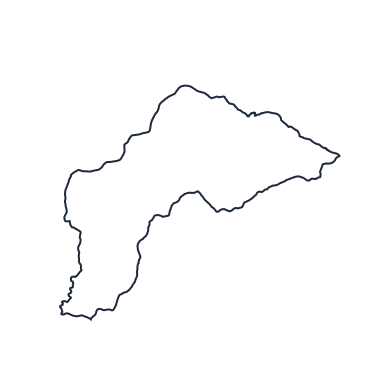 outline of Charta, Santander, Colombia, rotated 349°
{"feature_id": "7082276B80565100217249", "entity_name": "Charta", "entity_type": "district", "adm_level": 2, "iso_a3": "COL", "parent_name": "Colombia", "parent_adm1": "Santander", "projection": "mercator", "projection_center": [-72.993, 7.252], "detail": "fine", "context": "isolated", "style": "outline", "palette": "slate", "viewbox_px": 384, "rotation_deg": 349, "n_neighbors": 0, "source": "geoboundaries", "source_scale": "gbopen_adm2", "svg_char_len": 5967}
<svg xmlns="http://www.w3.org/2000/svg" viewBox="0 0 384 384"><g transform="rotate(349 192 192)"><path d="M281.4,128.0L278.6,127.8L276.5,128.1L275.7,127.9L274.8,127.9L273.3,128.8L272.6,128.8L271.0,128.5L269.6,129.0L269.4,129.2L268.7,129.3L268.3,129.0L268.4,128.2L268.9,126.3L268.7,126.2L267.8,126.1L267.6,125.8L267.4,125.8L266.6,126.2L265.5,125.8L264.7,126.7L264.1,126.8L262.8,127.5L262.6,128.4L261.8,128.6L260.9,128.1L260.2,126.2L258.9,124.7L257.3,123.7L254.8,120.9L253.3,120.2L252.3,118.9L252.0,118.0L250.5,115.9L250.3,114.9L249.9,114.2L248.2,113.3L245.7,112.3L245.2,111.7L244.9,110.9L243.9,109.8L243.6,108.3L242.7,106.9L242.2,105.0L241.9,104.7L240.7,104.2L236.7,104.2L236.3,104.1L235.8,103.6L234.8,103.1L229.1,103.7L227.4,102.2L226.3,100.6L226.1,100.0L224.9,99.1L223.9,97.8L222.5,96.9L219.6,95.4L218.2,94.8L216.6,93.9L211.3,88.6L209.5,87.5L206.4,86.4L205.4,86.2L202.4,86.2L200.5,86.6L198.6,87.7L198.0,88.3L197.0,89.1L193.9,92.2L193.3,92.5L191.1,92.9L188.9,93.5L188.4,93.8L187.7,93.8L185.9,94.6L184.9,95.2L183.3,95.8L181.0,97.3L179.9,97.6L177.5,99.3L176.0,101.3L175.4,103.1L173.7,105.9L172.6,107.1L171.7,107.6L170.2,109.1L166.1,114.4L164.8,117.0L164.8,116.8L162.7,122.8L162.0,123.9L161.5,124.4L160.6,124.8L159.9,124.9L155.0,124.9L151.5,125.4L146.6,125.2L144.5,124.9L143.0,125.5L140.7,127.6L138.4,130.7L137.0,131.5L135.8,131.9L134.7,132.7L134.4,133.4L134.3,134.8L133.4,139.7L131.8,142.1L129.8,144.5L128.7,145.6L127.1,146.8L124.5,147.1L122.2,147.1L117.4,146.9L115.1,146.5L113.5,146.5L110.7,148.0L108.8,150.0L107.7,150.8L105.6,152.0L104.1,152.3L97.5,152.3L96.8,152.6L96.2,152.6L88.4,150.6L85.8,149.1L84.6,148.7L84.2,148.7L81.0,149.9L79.6,150.3L76.6,152.0L76.3,152.4L76.0,153.7L74.1,155.9L72.4,159.3L68.3,165.7L67.5,167.7L66.8,170.6L66.7,173.7L66.2,175.4L65.6,176.3L65.4,177.2L65.5,180.2L65.2,181.5L65.5,183.8L65.4,187.0L65.2,187.7L64.3,189.1L62.2,191.7L61.8,192.6L61.7,195.3L62.1,196.4L63.9,197.1L66.3,197.2L66.3,200.9L67.3,203.6L67.6,203.9L69.0,204.2L70.8,206.0L71.6,206.5L74.5,209.2L75.0,209.9L74.9,211.0L74.3,212.0L73.2,215.0L73.2,216.1L73.6,217.0L73.4,218.3L72.2,221.3L70.1,223.9L69.5,225.1L69.4,225.7L69.4,228.1L69.8,229.4L69.8,229.9L68.6,232.9L68.3,236.6L68.0,237.7L67.8,238.0L67.8,239.2L68.1,240.8L68.9,242.0L68.9,243.1L68.4,245.9L68.4,246.9L68.7,247.6L68.3,248.1L66.3,249.3L64.8,250.8L63.1,252.2L61.9,252.7L61.7,253.0L61.0,253.1L60.4,252.5L58.0,252.4L56.7,253.3L56.5,254.0L56.4,256.2L56.5,256.4L57.5,256.9L57.9,257.5L58.0,259.2L57.2,260.5L57.1,262.4L56.4,262.9L54.3,263.0L53.9,263.4L53.9,264.6L54.5,265.8L54.5,266.9L54.2,267.4L53.4,268.1L51.7,268.5L51.1,269.3L51.3,270.7L52.8,272.1L52.9,272.7L52.7,273.1L50.8,274.3L48.9,276.1L48.4,276.2L46.5,274.9L45.4,274.6L43.6,274.9L43.4,275.3L43.4,275.9L43.9,276.6L43.9,277.3L43.2,278.3L41.3,278.5L40.7,278.9L40.6,279.8L41.2,280.5L41.6,282.0L41.9,284.7L41.6,285.7L41.2,286.1L40.7,286.1L40.5,286.4L40.4,286.8L40.9,287.3L42.0,287.7L42.8,287.8L44.4,287.2L45.8,287.2L46.9,287.5L48.3,288.3L49.4,289.2L51.3,290.5L54.3,291.8L55.6,292.1L59.9,292.0L61.0,292.3L61.9,293.0L65.5,295.2L67.8,297.0L68.4,297.8L68.9,296.8L69.7,296.1L72.1,294.9L74.0,293.5L74.7,292.5L75.2,291.1L75.6,290.6L76.1,289.9L77.2,289.1L78.9,289.1L79.5,289.2L80.6,289.7L81.5,290.5L83.0,291.2L84.1,291.3L86.9,291.3L88.4,291.5L89.5,292.0L90.7,292.9L91.6,293.0L92.1,292.8L93.6,291.4L95.9,288.3L98.2,283.6L100.8,279.5L101.7,279.0L103.4,278.8L105.2,277.9L108.6,277.6L111.4,276.3L114.9,273.4L116.4,271.5L117.6,270.3L118.5,269.7L120.2,266.7L121.8,264.4L122.2,263.6L122.9,259.3L123.9,256.9L124.1,255.1L124.7,253.7L125.0,252.5L126.2,251.4L126.5,249.5L128.9,246.2L128.8,244.1L127.9,238.6L128.2,234.4L128.7,233.7L128.9,232.7L130.5,230.9L131.6,230.0L132.5,229.5L134.9,228.7L135.7,227.9L138.3,226.4L139.6,225.1L141.7,221.4L142.3,218.4L143.9,216.3L144.3,215.4L144.4,213.7L144.7,213.2L145.6,212.5L147.1,212.2L147.8,211.3L149.0,210.3L150.0,208.8L150.5,208.3L151.8,207.9L154.6,208.2L157.1,209.5L158.7,210.8L159.0,210.8L164.2,210.7L165.2,210.0L166.4,206.8L168.8,202.9L169.2,202.0L169.7,201.4L171.5,199.8L172.2,199.5L174.9,199.1L176.7,198.3L177.6,197.7L179.1,195.6L180.0,194.7L184.4,192.6L187.1,192.2L189.7,192.2L191.0,192.6L191.5,192.9L194.7,193.2L197.3,192.4L197.8,192.5L199.2,194.0L199.8,195.1L200.5,196.9L201.8,199.0L202.9,201.9L207.2,207.7L207.8,209.2L209.0,211.0L209.9,211.7L211.0,213.4L211.9,215.4L212.3,215.9L212.9,216.2L214.7,216.2L216.2,215.1L216.9,214.9L218.6,214.7L220.2,214.8L224.8,218.0L226.1,218.1L227.8,217.6L229.8,216.4L231.7,216.0L232.7,216.2L233.3,216.8L236.4,216.7L238.4,216.3L239.1,215.6L241.2,212.4L246.5,211.1L248.7,210.0L250.0,209.6L252.7,207.7L253.4,207.6L254.0,207.3L255.8,205.2L257.0,204.6L258.8,204.6L259.8,205.0L260.1,205.3L260.6,205.3L261.6,205.0L264.4,203.5L266.3,203.7L266.8,203.2L268.7,201.9L269.1,201.8L271.5,201.5L272.1,201.2L273.9,201.2L274.6,201.4L277.3,201.2L279.7,200.3L285.6,199.0L287.2,198.2L287.9,198.1L290.6,197.9L291.4,197.5L296.6,196.8L297.9,196.8L299.3,196.9L301.7,197.9L301.4,197.9L303.0,198.7L304.5,199.8L306.6,202.1L307.8,202.9L308.5,203.0L309.7,203.0L311.3,201.9L313.1,201.9L314.5,202.6L315.8,202.6L316.0,202.8L316.7,202.8L317.8,202.0L320.6,201.8L320.9,201.6L321.2,200.2L321.7,199.1L321.5,196.6L325.1,190.8L325.4,190.1L325.8,189.7L328.1,189.6L329.8,189.7L330.5,190.1L333.0,190.3L334.7,190.2L337.0,189.3L338.6,187.9L339.9,186.2L340.5,185.8L343.6,184.8L343.2,183.8L341.5,182.0L336.5,179.6L333.4,177.1L332.4,176.0L332.8,176.1L332.4,175.7L332.3,175.1L331.2,174.2L329.7,173.8L329.1,173.4L328.9,173.0L328.1,172.3L327.6,172.0L326.1,169.8L325.1,169.2L324.2,169.1L321.6,167.2L319.3,164.9L319.2,164.5L317.9,163.0L317.3,162.8L315.8,162.0L313.3,161.1L311.7,160.1L311.6,159.8L311.0,159.4L308.5,158.0L308.2,157.5L308.4,156.5L308.1,154.5L307.6,153.2L307.3,152.1L306.0,151.2L304.2,149.5L303.0,148.0L302.4,147.6L302.1,147.1L301.0,146.5L299.2,146.6L299.1,145.9L298.0,144.9L297.6,143.7L295.9,142.0L293.3,138.5L293.2,135.4L292.3,133.8L291.0,132.1L289.1,130.9L286.0,129.9L282.6,128.3L281.4,128.0Z" fill="none" stroke="#1e293b" stroke-width="2"/></g></svg>